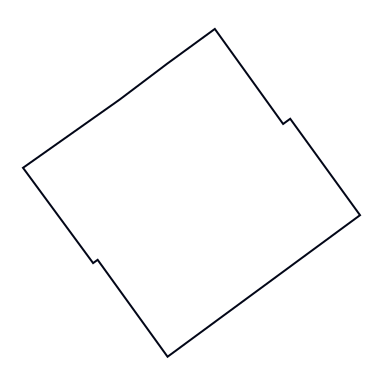 outline of Buchanan, Iowa, United States of America, rotated 144°
{"feature_id": "52423323B70817605938932", "entity_name": "Buchanan", "entity_type": "district", "adm_level": 2, "iso_a3": "USA", "parent_name": "United States of America", "parent_adm1": "Iowa", "projection": "albers", "projection_center": [-91.886, 42.47], "detail": "fine", "context": "isolated", "style": "outline", "palette": "ink", "viewbox_px": 384, "rotation_deg": 144, "n_neighbors": 0, "source": "geoboundaries", "source_scale": "gbopen_adm2", "svg_char_len": 301}
<svg xmlns="http://www.w3.org/2000/svg" viewBox="0 0 384 384"><g transform="rotate(144 192 192)"><path d="M69.7,74.5L69.5,193.5L78.3,193.5L77.7,309.2L77.7,310.5L136.8,310.4L196.0,309.3L314.5,310.9L313.8,192.6L308.2,192.6L308.6,73.1L69.7,74.5Z" fill="none" stroke="#020617" stroke-width="2"/></g></svg>